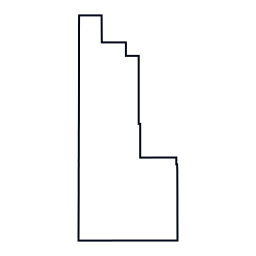 outline of Hidalgo, New Mexico, United States of America
{"feature_id": "52423323B51310319192871", "entity_name": "Hidalgo", "entity_type": "district", "adm_level": 2, "iso_a3": "USA", "parent_name": "United States of America", "parent_adm1": "New Mexico", "projection": "equal_earth", "projection_center": [-108.78, 32.055], "detail": "fine", "context": "isolated", "style": "outline", "palette": "ink", "viewbox_px": 256, "rotation_deg": 0, "n_neighbors": 0, "source": "geoboundaries", "source_scale": "gbopen_adm2", "svg_char_len": 607}
<svg xmlns="http://www.w3.org/2000/svg" viewBox="0 0 256 256"><path d="M79.0,69.9L78.9,122.4L78.9,123.2L78.8,131.9L78.8,134.2L78.8,156.5L78.8,158.0L78.7,160.7L78.8,165.9L78.7,168.1L78.7,193.1L78.6,214.5L78.6,217.5L78.5,240.6L100.8,240.6L101.9,240.6L109.3,240.6L118.8,240.5L146.1,240.5L177.5,240.5L177.4,214.4L177.4,196.7L177.3,170.1L177.1,164.3L176.3,164.3L176.3,157.5L140.2,157.6L140.2,123.9L138.7,123.9L138.7,94.2L138.7,55.9L125.9,55.9L125.9,42.4L115.2,42.4L101.8,42.4L101.6,15.4L79.1,15.4L79.0,28.5L79.0,29.0L79.0,29.6L79.0,30.3L79.0,35.7L79.0,69.9Z" fill="none" stroke="#020617" stroke-width="2"/></svg>